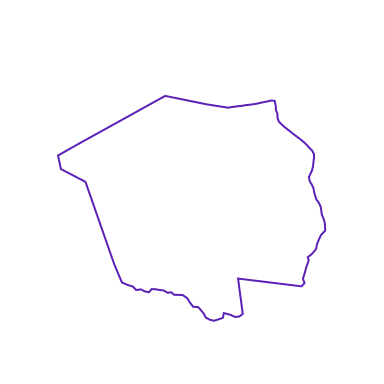 outline of Nossa Senhora dos Remédios, Piauí, Brazil, rotated 290°
{"feature_id": "56859067B87957430353359", "entity_name": "Nossa Senhora dos Remédios", "entity_type": "district", "adm_level": 2, "iso_a3": "BRA", "parent_name": "Brazil", "parent_adm1": "Piauí", "projection": "mercator", "projection_center": [-42.607, -4.016], "detail": "fine", "context": "isolated", "style": "outline", "palette": "violet", "viewbox_px": 384, "rotation_deg": 290, "n_neighbors": 0, "source": "geoboundaries", "source_scale": "gbopen_adm2", "svg_char_len": 1398}
<svg xmlns="http://www.w3.org/2000/svg" viewBox="0 0 384 384"><g transform="rotate(290 192 192)"><path d="M296.5,221.6L293.6,216.1L292.0,212.8L290.3,209.9L288.7,206.6L286.1,201.6L283.5,196.8L279.3,175.3L278.4,169.1L273.1,133.9L198.4,68.9L180.5,53.6L168.7,61.0L165.1,88.4L151.9,99.2L100.0,141.6L97.3,143.8L83.1,157.0L82.8,160.5L82.7,164.3L82.9,168.9L80.8,173.1L83.0,177.2L82.5,181.4L83.0,185.8L87.0,187.3L88.2,191.3L88.8,195.1L89.8,198.9L89.0,203.4L90.6,206.9L89.3,210.4L90.6,214.2L92.0,218.4L90.6,223.8L87.7,227.5L84.5,232.4L86.0,237.0L84.2,240.6L81.8,244.5L78.7,248.0L78.1,252.2L78.5,256.6L82.0,261.3L84.4,264.1L89.1,263.3L89.5,267.1L89.7,270.8L89.3,275.2L91.2,279.0L94.8,281.4L126.4,264.9L140.8,327.1L144.8,328.9L148.5,325.9L155.2,325.6L160.2,325.1L163.6,325.1L167.6,325.1L170.4,323.1L173.9,325.4L177.9,327.1L181.3,328.1L185.6,327.3L191.1,327.5L195.9,328.0L201.2,330.4L207.9,327.6L212.1,324.6L215.3,321.6L218.7,319.9L222.4,317.8L225.3,314.8L227.6,311.3L231.3,308.5L234.3,306.5L237.3,304.7L239.8,302.2L242.1,299.2L246.0,296.7L252.4,297.4L257.4,297.0L261.7,295.9L265.8,295.0L269.2,293.7L272.1,290.6L273.4,287.5L275.3,284.2L277.0,280.3L278.6,275.9L279.8,271.9L281.0,267.9L282.1,264.7L283.3,261.1L284.4,257.7L285.9,253.7L287.9,249.5L291.0,247.0L294.9,245.4L297.7,242.8L301.3,241.4L305.9,238.5L305.1,235.2L302.9,231.9L299.5,226.3L296.5,221.6Z" fill="none" stroke="#5b21b6" stroke-width="2"/></g></svg>